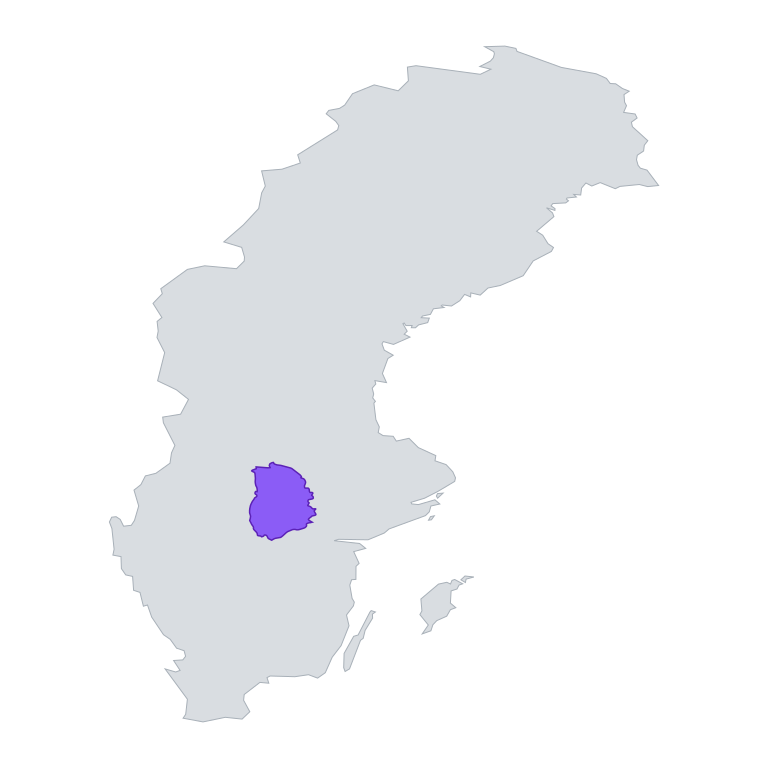 Sweden, with Orebro highlighted
{"feature_id": "SWE-183", "entity_name": "Orebro", "entity_type": "County", "adm_level": 1, "iso_a3": "SWE", "parent_name": "Sweden", "parent_adm1": "", "projection": "equal_earth", "projection_center": [15.084, 59.383], "detail": "fine", "context": "in_parent", "style": "filled", "palette": "violet", "viewbox_px": 768, "rotation_deg": 0, "n_neighbors": 0, "source": "natural_earth", "source_scale": "10m", "svg_char_len": 6270}
<svg xmlns="http://www.w3.org/2000/svg" viewBox="0 0 768 768"><path d="M120.2,519.4L123.6,526.2L131.3,525.3L134.5,520.4L138.7,506.0L134.0,490.1L140.9,484.6L145.4,475.9L155.9,473.3L170.0,463.2L171.5,452.9L174.9,445.4L163.4,422.8L162.7,417.1L180.6,414.2L188.5,399.4L176.4,389.8L157.6,380.8L164.7,352.6L157.0,337.5L158.2,331.1L157.1,321.4L161.9,317.5L153.0,303.4L162.3,293.7L160.8,288.7L187.4,269.4L204.7,265.8L236.5,268.7L244.2,261.1L244.5,257.0L241.7,247.4L223.8,241.9L243.4,224.9L258.7,208.5L261.7,192.8L265.3,186.1L261.6,170.9L282.0,169.2L300.3,163.0L297.7,154.8L337.6,129.9L338.8,125.6L335.8,121.4L326.2,113.8L328.8,110.4L339.5,108.4L344.7,105.1L352.5,93.7L374.2,84.9L398.2,90.8L408.4,80.8L407.4,67.1L416.0,65.7L480.3,74.3L490.9,69.2L479.8,66.5L490.4,61.1L493.4,57.7L494.4,53.8L493.8,51.7L484.7,46.7L504.9,46.1L515.9,48.4L517.0,51.4L561.3,67.4L596.2,73.8L606.4,78.4L610.2,83.5L615.7,83.8L622.4,88.5L629.2,91.2L624.0,94.6L624.6,102.2L626.5,105.7L623.6,112.4L635.1,114.0L637.1,118.0L631.4,122.2L632.4,126.7L647.8,140.7L644.3,145.2L643.6,151.0L637.3,155.2L636.5,159.7L638.1,165.4L640.4,168.2L647.0,170.1L658.6,185.5L647.7,186.6L639.3,184.5L620.0,186.4L615.3,188.7L600.2,182.6L591.8,186.0L585.9,183.0L581.6,188.0L580.7,195.0L573.7,194.4L576.4,197.0L567.0,198.0L566.4,199.1L568.5,200.8L565.7,202.9L552.7,203.6L551.1,205.9L555.0,208.6L554.9,210.4L546.5,207.8L552.5,212.9L553.9,216.6L536.6,231.3L542.7,235.2L548.0,243.7L553.5,247.5L551.4,251.4L533.2,260.9L523.2,275.7L500.2,285.5L488.0,288.0L480.2,295.1L470.8,292.9L470.6,296.9L464.6,294.4L459.8,300.7L451.5,306.0L442.2,305.0L441.2,305.9L444.1,307.5L433.4,308.8L430.4,314.4L422.5,316.0L421.2,317.7L429.3,318.1L427.7,322.6L418.6,324.9L415.4,327.8L411.3,327.7L412.1,325.5L406.0,325.6L404.1,323.0L402.9,323.7L407.2,331.2L404.2,334.2L410.0,337.1L393.5,344.4L383.3,341.6L382.0,343.9L384.3,350.2L393.2,355.2L387.9,358.5L382.4,373.5L386.5,382.6L374.9,380.6L375.8,384.0L372.2,388.1L373.7,394.0L372.7,397.9L375.4,401.4L373.9,403.1L375.9,419.7L379.3,426.9L378.2,432.6L383.0,435.6L393.2,436.3L396.3,441.1L409.0,438.3L418.3,447.6L435.8,455.6L435.0,460.8L446.1,464.6L452.8,471.8L455.5,477.8L454.7,481.4L437.7,491.5L424.6,498.2L411.0,502.3L411.7,503.9L418.4,504.6L434.9,499.8L439.8,504.0L430.9,506.0L429.3,511.8L425.5,515.6L389.1,528.9L384.3,533.0L368.0,539.8L338.6,539.3L334.1,540.7L359.6,543.5L365.7,548.4L353.7,551.6L359.1,563.4L356.0,566.3L355.9,579.4L351.6,579.7L349.8,585.1L352.1,598.4L354.3,602.1L353.4,605.9L346.5,615.0L349.0,625.8L341.1,645.6L332.2,657.2L325.3,672.7L317.6,678.1L308.5,674.7L294.9,676.7L270.1,676.0L267.0,677.6L268.8,683.2L259.9,682.4L244.2,694.5L243.6,700.3L249.8,711.7L242.1,719.1L225.3,717.3L203.0,721.9L183.1,718.2L185.7,714.3L187.4,699.2L165.1,668.9L175.7,672.0L180.1,670.4L173.6,660.5L182.8,659.9L185.6,656.3L184.1,650.7L176.6,648.2L170.2,639.3L163.5,634.7L151.7,617.1L147.5,605.0L143.4,606.2L140.0,592.4L133.6,590.3L132.6,576.4L125.7,574.9L121.4,568.6L121.0,556.6L112.9,555.1L114.1,549.3L111.9,528.5L109.4,522.0L111.7,517.2L116.1,516.7L120.2,519.4ZM462.7,583.8L459.0,585.1L457.0,589.0L451.1,590.9L450.4,603.1L455.8,607.7L450.4,609.7L446.7,616.2L436.8,620.6L432.9,624.7L430.9,630.8L422.2,633.9L428.3,625.0L419.9,614.6L421.9,610.9L420.9,599.0L438.5,584.1L446.8,582.3L450.5,584.0L452.0,580.4L454.7,579.5L462.7,583.8ZM349.5,668.9L345.1,671.5L343.7,667.7L344.1,653.4L353.7,636.3L358.1,635.0L369.9,612.1L371.2,610.6L375.4,612.0L372.4,614.1L372.6,618.1L365.1,630.4L363.2,638.3L360.5,640.3L349.5,668.9ZM466.1,579.1L465.4,582.5L460.9,579.8L465.0,576.0L473.9,577.0L466.1,579.1ZM443.1,493.1L437.6,498.2L436.4,496.1L437.5,493.6L443.1,493.1ZM431.4,519.8L428.5,520.2L430.5,516.6L434.3,515.8L431.4,519.8Z" fill="#d9dde1" stroke="#a8b0b8" stroke-width="1"/><path d="M257.0,491.7L257.2,491.3L257.3,490.5L257.0,488.3L256.7,487.2L256.1,486.1L255.7,485.1L255.3,483.0L255.2,481.7L255.4,478.3L255.0,473.6L254.6,472.6L253.9,472.1L252.5,471.5L252.0,471.2L251.7,470.9L251.9,470.5L252.5,470.1L256.3,468.7L256.1,466.9L267.7,467.8L268.9,467.8L270.1,467.6L269.3,465.7L269.5,464.7L270.0,463.7L272.0,462.7L272.9,462.5L273.5,462.5L273.7,462.9L273.7,463.2L273.8,463.4L274.1,463.7L274.9,464.2L277.0,464.9L280.9,465.4L290.6,468.0L291.5,468.4L291.9,468.6L300.1,474.9L300.5,475.5L301.3,476.3L301.4,476.8L301.2,477.2L300.9,477.7L301.0,477.9L301.6,478.1L302.5,478.3L303.8,478.9L304.6,479.7L305.4,481.3L305.6,482.3L305.4,483.4L304.5,485.7L304.5,487.0L304.7,487.7L305.1,488.0L305.6,488.1L307.5,488.1L308.3,488.2L309.0,488.9L309.3,489.8L309.4,491.3L309.7,492.0L310.0,492.4L310.6,492.5L311.8,492.4L312.2,492.5L312.7,492.8L312.8,493.3L312.6,493.8L311.8,494.9L311.7,495.0L311.7,495.4L312.0,495.6L313.0,496.5L313.2,497.3L313.3,498.1L312.8,498.7L312.0,499.0L308.6,499.7L308.3,500.0L308.0,500.6L307.9,501.3L308.1,501.8L308.4,502.2L308.9,502.6L309.1,502.8L309.1,503.0L307.9,505.1L307.8,505.6L308.1,505.8L309.9,506.4L311.0,507.1L312.0,508.2L312.6,508.7L313.2,508.9L315.1,508.8L315.6,508.8L315.7,509.1L315.5,509.4L314.5,510.4L314.2,510.9L314.3,511.4L314.7,512.2L315.8,514.0L315.9,514.5L315.7,514.9L315.0,515.3L314.2,515.5L312.9,515.8L312.2,516.0L311.6,516.3L311.1,516.9L309.7,517.9L309.1,518.4L308.6,518.9L308.4,519.4L308.8,520.0L309.3,520.5L312.2,522.2L310.2,522.7L309.0,522.8L307.8,523.2L306.8,523.6L306.4,524.1L306.4,524.5L306.5,524.9L306.6,525.5L306.4,526.3L305.2,527.5L304.0,528.1L299.1,529.6L297.9,529.8L296.7,529.8L295.0,529.4L293.9,529.4L292.5,529.6L287.7,531.6L286.4,532.5L282.9,535.7L281.4,536.9L280.6,537.4L275.4,538.3L273.9,538.9L271.7,540.2L268.8,538.8L267.9,538.0L267.3,536.6L266.6,535.5L265.7,535.1L264.8,535.0L264.3,535.1L264.1,535.3L264.0,535.6L263.8,535.9L263.4,536.2L262.7,536.5L261.8,536.8L261.5,536.8L261.3,536.6L261.0,536.2L260.6,536.0L258.8,535.8L257.7,535.5L257.4,535.0L257.3,533.9L257.0,533.1L256.4,532.2L253.9,529.6L253.5,528.8L253.4,528.2L253.5,527.5L253.4,527.0L253.1,526.4L252.2,525.2L251.4,523.9L250.7,522.4L250.4,521.9L249.7,520.5L250.3,518.3L250.6,516.2L250.3,515.1L249.8,513.5L249.6,512.8L249.6,510.4L249.8,508.6L250.5,505.4L251.4,503.3L252.4,501.4L254.0,499.2L254.3,498.6L254.4,498.3L254.7,497.9L256.2,496.9L256.7,496.4L256.9,495.9L256.7,495.0L256.6,494.9L255.8,494.4L255.3,494.0L255.0,493.4L255.0,492.8L255.3,491.9L255.7,491.5L256.1,491.4L256.5,491.4L257.0,491.7Z" fill="#8b5cf6" stroke="#5b21b6" stroke-width="1.5"/></svg>